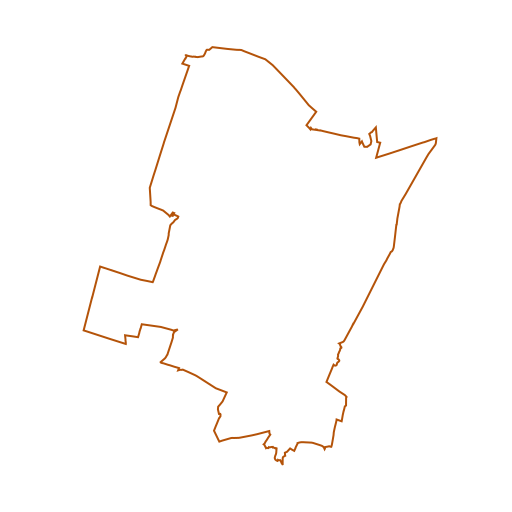 San Francisco del Rincón, Guanajuato, Mexico, rotated 191°
{"feature_id": "50627088B79683891073354", "entity_name": "San Francisco del Rincón", "entity_type": "district", "adm_level": 2, "iso_a3": "MEX", "parent_name": "Mexico", "parent_adm1": "Guanajuato", "projection": "robinson", "projection_center": [-101.791, 20.925], "detail": "fine", "context": "isolated", "style": "outline", "palette": "amber", "viewbox_px": 512, "rotation_deg": 191, "n_neighbors": 0, "source": "geoboundaries", "source_scale": "gbopen_adm2", "svg_char_len": 5942}
<svg xmlns="http://www.w3.org/2000/svg" viewBox="0 0 512 512"><g transform="rotate(191 256 256)"><path d="M101.4,406.0L102.4,405.4L102.7,405.3L103.0,405.2L106.6,403.3L112.4,399.9L113.9,399.2L117.7,397.1L123.8,393.7L145.0,381.8L156.8,375.4L155.7,390.9L158.8,391.0L161.0,398.5L162.9,405.1L165.2,401.1L165.9,399.7L167.0,399.0L167.4,398.2L168.1,397.4L166.9,395.6L164.7,390.8L164.8,387.4L167.8,384.3L168.1,384.3L170.5,383.9L173.2,387.6L173.9,388.7L175.5,385.6L176.2,387.3L177.0,390.9L179.3,391.0L182.5,390.8L187.1,390.8L190.6,390.8L195.6,390.7L202.6,391.0L208.7,391.2L213.7,391.4L216.9,391.6L217.0,391.4L219.5,391.3L220.1,391.7L220.5,391.7L220.2,391.3L225.5,391.0L225.6,391.4L226.5,392.2L226.8,390.7L227.9,391.6L231.4,394.0L224.4,409.1L229.8,412.2L230.3,412.5L231.8,413.4L233.0,414.1L241.6,421.3L244.6,423.8L248.8,427.2L250.2,428.2L250.8,428.8L276.0,446.5L284.4,450.9L291.3,452.0L301.8,453.9L306.9,454.8L309.6,455.4L310.8,455.3L314.4,454.7L323.7,453.8L338.7,452.7L341.2,449.5L343.5,449.1L343.8,448.8L344.3,447.4L344.7,445.1L345.4,443.0L345.9,442.1L346.6,441.7L348.0,441.3L348.5,441.1L351.2,440.1L353.4,439.9L353.6,439.9L353.7,440.0L353.9,439.9L355.1,439.9L356.1,439.5L356.8,439.4L357.6,439.5L358.6,439.4L360.9,439.5L363.1,439.8L363.2,439.7L362.2,438.7L362.9,436.4L363.1,436.4L363.2,436.1L365.0,430.8L357.9,429.9L360.7,410.3L361.5,404.3L361.8,402.8L362.6,397.2L363.3,386.0L367.6,353.1L367.8,351.6L368.0,350.2L368.1,348.8L369.5,336.6L371.2,321.2L371.8,316.4L373.3,302.7L369.7,288.8L369.5,287.7L369.1,285.8L367.7,285.2L364.9,284.6L359.5,283.6L358.7,283.5L355.8,282.9L349.7,279.6L348.1,278.3L346.0,282.8L344.5,282.5L345.4,280.4L345.6,279.5L345.4,279.5L345.3,280.0L344.8,281.1L341.2,280.3L339.8,279.9L340.0,278.4L340.7,277.4L341.4,276.8L342.4,275.8L343.2,274.1L343.6,273.3L343.8,273.0L344.1,272.7L344.8,271.8L345.4,270.9L346.0,269.8L346.0,261.4L345.7,259.9L345.8,255.2L346.1,252.9L346.6,249.8L346.7,248.8L347.3,244.2L347.8,241.4L347.9,240.3L348.1,238.8L348.6,234.8L348.8,233.2L348.8,232.9L349.0,231.4L350.0,225.4L350.6,221.6L351.0,219.2L351.4,216.3L351.6,215.2L352.2,211.3L352.4,210.6L357.8,210.7L364.6,210.7L378.5,212.2L386.2,213.3L407.0,215.9L408.9,184.1L409.0,184.1L411.0,150.1L384.3,146.8L367.0,144.8L367.0,145.0L367.3,145.6L367.3,146.2L368.0,148.2L368.1,148.9L369.4,153.2L367.1,153.3L361.6,153.6L356.3,153.8L355.9,157.9L355.9,159.1L355.8,160.6L355.6,161.8L355.6,162.5L355.4,163.1L355.1,167.2L335.9,168.2L324.9,167.4L323.1,167.1L322.8,167.1L320.0,168.4L318.7,169.0L321.5,166.1L322.0,165.4L322.2,164.1L322.5,163.2L322.3,162.7L322.4,162.4L322.3,162.0L322.3,161.5L322.1,160.7L322.0,160.0L322.5,155.3L324.0,143.7L324.1,142.5L324.2,142.1L324.4,141.9L324.5,141.5L324.7,141.0L325.1,139.7L325.8,138.2L329.4,133.6L329.3,133.4L329.2,133.3L328.6,133.1L327.7,133.0L326.3,133.0L321.6,132.4L319.7,132.3L315.0,131.7L310.2,131.3L310.6,128.9L309.5,129.5L308.1,130.0L307.4,130.0L306.5,130.3L306.2,130.5L300.0,129.1L292.7,127.3L290.9,126.7L270.2,118.5L265.5,117.7L258.7,116.5L261.0,107.1L261.3,106.4L263.4,102.5L263.7,102.1L264.4,100.8L264.1,98.1L262.2,93.9L261.0,94.2L260.9,94.1L260.6,93.7L260.6,93.4L260.3,92.0L261.1,89.9L261.3,89.8L262.2,85.2L262.3,84.6L263.0,81.3L263.9,76.5L258.8,69.7L258.6,69.4L256.9,67.2L256.6,66.8L254.0,68.3L246.2,72.3L245.3,72.7L244.4,72.9L242.7,73.2L238.2,74.2L236.6,74.8L225.9,79.1L220.9,81.3L209.6,86.7L208.9,84.3L208.5,83.9L207.9,83.4L209.5,79.8L209.6,79.4L210.6,76.8L211.2,75.7L211.4,74.7L211.9,73.4L212.5,72.6L211.7,72.2L210.4,70.5L210.1,70.1L209.7,69.6L209.6,69.9L208.6,69.6L207.2,69.8L206.9,70.8L206.6,70.7L205.5,71.0L204.0,71.6L203.1,71.8L202.9,71.3L202.7,71.4L200.7,71.0L200.5,70.9L200.2,70.8L199.8,70.9L199.7,71.2L199.1,71.1L198.8,68.4L198.6,66.8L198.6,65.5L199.0,63.4L199.1,61.6L198.9,60.9L198.3,60.0L198.1,59.8L197.2,59.3L195.8,58.9L195.6,59.1L195.5,60.0L195.3,59.9L194.2,60.0L193.2,60.2L192.6,59.4L191.8,58.3L191.1,57.3L190.7,57.0L190.3,56.6L190.1,56.7L190.7,59.7L191.2,62.7L191.2,63.2L191.1,63.6L191.0,63.9L190.9,64.1L189.2,65.5L189.5,66.1L190.1,68.4L189.4,68.9L188.2,69.7L186.6,72.3L185.8,73.6L183.8,72.8L181.3,72.0L180.6,74.8L180.6,75.2L180.6,75.5L179.4,79.9L179.4,80.0L179.5,80.3L179.1,80.5L178.2,81.0L177.1,81.5L175.5,82.0L174.3,82.2L165.9,83.4L164.5,83.4L163.6,83.3L156.9,82.5L155.6,82.3L155.1,82.2L154.4,82.0L153.5,81.5L152.8,80.9L152.5,80.5L151.8,79.5L151.6,80.2L151.8,81.6L150.7,82.0L148.7,82.8L147.9,83.2L146.4,83.0L145.7,83.1L145.5,85.2L145.6,90.8L145.7,94.9L146.0,97.7L146.0,99.7L146.0,99.8L145.9,103.9L145.8,105.2L145.6,109.4L145.7,110.9L141.9,110.3L140.4,110.1L140.4,112.1L140.5,116.5L140.4,120.7L140.3,120.8L140.1,125.2L140.1,125.3L139.1,126.4L140.1,131.9L140.5,134.0L140.5,134.3L140.2,134.9L141.6,136.0L142.4,136.5L148.3,138.9L155.1,142.2L157.8,143.5L162.8,145.8L161.2,153.9L159.9,160.2L159.7,161.5L159.1,164.1L158.6,163.8L158.2,163.6L157.9,163.5L157.4,163.5L157.0,163.6L156.5,163.9L156.2,164.3L156.0,164.6L156.0,164.8L156.0,166.1L155.8,166.5L155.8,166.8L155.7,167.0L155.3,167.4L154.9,167.8L154.7,168.1L154.3,168.8L154.3,169.3L154.4,169.5L155.1,170.2L155.4,170.4L156.0,170.5L156.3,170.6L156.5,170.9L156.5,171.4L156.4,172.1L156.3,173.1L156.4,173.9L156.6,174.6L156.7,174.8L156.6,175.2L156.6,175.4L156.3,176.0L156.3,176.5L156.1,177.7L155.8,178.5L155.7,179.1L155.6,179.7L155.5,180.1L155.6,180.9L155.6,181.2L155.5,181.6L155.1,181.8L154.9,181.9L154.7,182.1L154.7,182.3L154.7,182.6L154.8,182.8L156.0,183.9L156.7,185.2L157.2,185.7L157.3,185.8L157.5,185.9L157.7,186.0L154.9,187.8L154.1,188.4L153.8,188.7L153.5,189.2L153.1,190.1L152.9,190.7L149.3,202.1L148.5,204.6L147.7,207.8L147.5,207.7L145.3,214.7L142.5,223.6L141.6,226.4L129.0,271.6L128.7,272.6L127.2,276.5L126.7,278.5L125.1,283.4L124.5,285.6L123.5,286.5L123.0,287.6L122.5,290.2L122.5,291.3L123.2,300.9L123.5,304.6L124.2,313.5L123.9,313.7L124.4,320.0L124.4,321.2L124.5,332.0L124.7,334.3L124.4,334.7L124.0,336.3L123.7,337.9L120.9,345.4L107.5,385.2L106.1,389.1L101.3,399.2L101.1,400.0L101.0,401.2L101.4,406.0Z" fill="none" stroke="#b45309" stroke-width="2"/></g></svg>